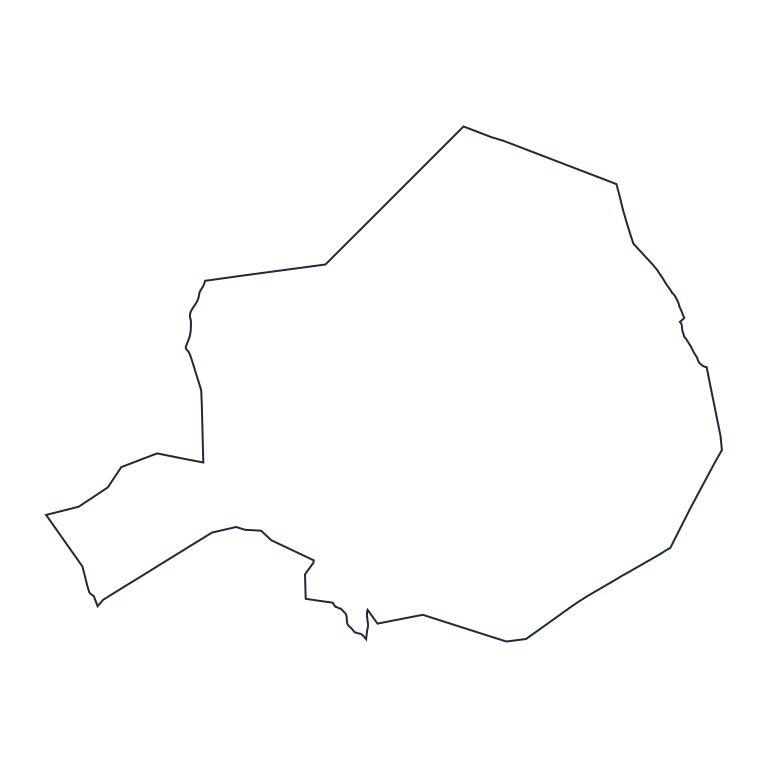 San Juan Bautista Coixtlahuaca, Oaxaca, Mexico
{"feature_id": "50627088B60498499367659", "entity_name": "San Juan Bautista Coixtlahuaca", "entity_type": "district", "adm_level": 2, "iso_a3": "MEX", "parent_name": "Mexico", "parent_adm1": "Oaxaca", "projection": "albers", "projection_center": [-97.271, 17.729], "detail": "fine", "context": "isolated", "style": "outline", "palette": "slate", "viewbox_px": 768, "rotation_deg": 0, "n_neighbors": 0, "source": "geoboundaries", "source_scale": "gbopen_adm2", "svg_char_len": 2302}
<svg xmlns="http://www.w3.org/2000/svg" viewBox="0 0 768 768"><path d="M670.3,547.9L690.7,507.6L715.5,461.3L721.9,450.1L720.5,435.9L709.4,381.0L706.7,367.2L705.4,367.0L702.7,365.8L699.2,362.8L698.0,360.5L697.2,357.8L693.9,352.6L690.9,346.6L686.0,338.8L684.2,336.7L683.5,334.2L683.1,332.5L682.5,331.1L682.1,329.2L681.9,325.9L681.3,323.7L679.9,321.8L683.1,319.2L684.2,317.8L682.6,314.1L681.8,311.9L680.9,309.7L679.3,306.3L678.8,304.0L678.2,302.3L676.9,299.6L675.4,296.8L673.7,294.3L672.1,293.0L671.4,291.5L669.8,289.1L668.7,287.5L666.5,284.6L664.7,281.6L662.6,278.1L659.8,274.0L658.4,271.9L656.8,269.4L654.9,267.3L652.8,264.7L633.3,243.6L627.1,224.1L626.0,220.3L623.1,210.3L619.1,194.0L616.4,184.1L503.7,140.9L491.2,137.1L463.5,126.5L362.6,227.4L325.4,264.5L289.6,269.3L237.4,276.3L210.4,280.1L205.1,280.8L204.5,282.9L203.1,286.3L200.4,290.6L199.3,293.3L198.9,296.1L198.2,298.9L196.9,301.6L195.4,304.3L193.8,306.6L192.0,309.3L190.7,311.8L190.0,314.5L190.0,317.2L190.7,319.8L191.0,322.3L190.9,325.6L190.8,327.5L190.8,329.3L190.5,332.4L189.9,335.3L189.6,337.0L188.1,340.9L185.8,346.8L185.9,348.2L186.2,349.1L188.9,352.2L191.1,357.7L201.2,390.2L201.8,404.3L203.3,462.5L183.5,458.7L157.1,453.4L137.7,460.8L121.3,467.1L107.8,487.4L78.7,506.7L46.1,514.9L48.2,517.9L82.5,566.6L87.4,586.1L89.3,592.3L90.6,593.9L93.8,596.1L97.6,606.2L101.9,601.2L103.1,599.8L115.5,592.1L126.2,585.5L148.0,572.1L160.5,564.3L172.4,557.0L193.6,543.9L200.5,539.7L211.9,532.6L236.1,527.0L245.1,529.8L261.1,530.7L271.4,540.3L313.7,560.3L313.4,562.9L307.6,570.7L305.0,574.5L305.7,598.8L321.1,601.1L332.5,602.6L335.4,606.8L337.1,607.2L338.8,608.3L340.6,608.5L342.5,610.3L343.9,611.9L345.3,613.1L346.2,615.0L346.7,617.4L346.8,619.6L346.9,621.2L347.3,623.8L348.5,625.7L351.6,628.5L352.3,629.4L353.6,630.9L354.6,632.2L358.0,633.3L359.1,633.5L360.9,633.9L362.8,635.3L366.1,639.2L367.1,630.6L367.5,628.9L367.9,627.1L368.1,625.4L367.9,622.9L367.5,620.7L367.3,618.3L366.9,615.6L367.0,613.8L367.1,612.4L367.1,611.1L367.6,609.8L377.5,623.6L422.7,614.8L487.7,635.6L506.4,641.5L526.0,639.0L541.2,628.2L560.5,614.4L563.4,612.2L566.9,609.9L569.5,607.9L578.7,601.6L587.9,595.8L612.3,581.6L622.9,575.3L627.4,572.9L634.1,569.0L638.3,566.6L640.9,565.1L658.7,554.9L660.5,553.8L666.5,550.0L670.3,547.9Z" fill="none" stroke="#1e293b" stroke-width="2"/></svg>